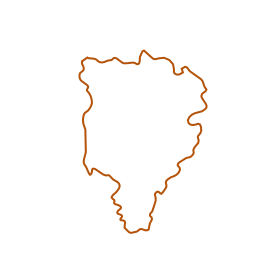 an SVG outline of Vienne, rotated 216°
{"feature_id": "FRA-5354", "entity_name": "Vienne", "entity_type": "Metropolitan department", "adm_level": 1, "iso_a3": "FRA", "parent_name": "France", "parent_adm1": "", "projection": "equal_earth", "projection_center": [0.44, 46.607], "detail": "fine", "context": "isolated", "style": "outline", "palette": "amber", "viewbox_px": 256, "rotation_deg": 216, "n_neighbors": 0, "source": "natural_earth", "source_scale": "10m", "svg_char_len": 3158}
<svg xmlns="http://www.w3.org/2000/svg" viewBox="0 0 256 256"><g transform="rotate(216 128 128)"><path d="M157.7,199.7L148.5,198.8L147.3,199.1L146.1,200.0L144.1,202.4L140.1,206.0L134.6,207.3L129.1,206.1L125.1,202.3L124.1,200.7L122.9,199.7L121.4,199.5L119.6,200.1L118.5,200.9L117.6,202.2L116.2,205.2L119.4,207.5L117.8,211.0L116.0,211.7L111.4,210.3L97.7,210.4L95.3,209.8L90.1,206.2L87.2,205.3L86.9,203.7L87.2,202.1L87.8,200.6L88.1,199.1L87.4,196.9L85.9,195.8L79.3,193.3L77.8,192.4L76.8,191.2L76.6,190.2L76.6,189.0L77.2,186.9L78.2,184.7L82.4,179.5L84.0,176.6L84.8,172.9L84.2,169.6L81.7,167.5L79.4,167.5L77.3,168.5L75.4,170.4L73.8,172.6L71.9,173.2L69.4,171.6L67.2,168.9L66.4,166.3L66.6,163.3L66.5,162.3L66.0,161.4L63.7,159.7L62.4,157.3L62.8,151.7L62.4,149.0L61.9,148.2L60.7,147.1L60.2,146.3L59.9,145.3L59.9,144.3L60.2,142.3L60.6,141.0L63.2,138.1L66.2,130.6L66.5,129.3L66.4,127.8L65.8,127.0L63.0,126.2L62.2,125.6L61.5,124.8L61.1,123.8L60.8,121.2L61.3,118.7L62.3,116.4L64.4,113.2L65.6,109.8L65.9,108.2L65.7,106.8L65.1,105.8L63.3,104.3L62.4,102.9L62.1,100.9L62.0,96.8L62.4,94.3L64.0,94.1L65.9,94.4L67.2,93.2L67.5,91.0L66.9,89.7L64.6,87.8L62.7,85.1L59.5,75.3L59.4,73.9L59.6,72.7L59.6,71.6L59.0,70.4L58.2,69.8L56.3,69.5L55.5,68.9L54.8,67.7L54.2,63.5L51.6,58.0L52.0,57.2L52.6,56.4L53.6,55.5L56.9,54.5L58.2,53.9L59.1,52.5L59.4,51.3L59.6,50.2L60.1,49.2L63.9,44.9L66.0,44.3L72.2,45.3L73.4,47.3L74.0,48.2L74.5,49.3L75.1,50.1L76.1,50.6L77.5,50.4L79.4,49.3L80.2,49.3L80.8,50.2L80.7,51.1L80.6,52.1L80.8,52.9L81.6,53.6L83.1,53.5L85.8,52.7L86.8,53.0L87.3,54.2L87.3,55.4L87.1,56.5L86.8,57.6L86.6,58.6L86.8,59.4L87.7,60.1L89.3,60.1L90.9,59.8L93.5,58.9L94.5,58.9L95.3,59.3L96.0,61.0L96.7,61.6L99.3,61.8L100.2,62.0L100.6,62.7L100.8,63.6L100.7,65.5L99.9,68.5L99.7,71.4L99.8,73.6L100.0,74.7L100.4,75.7L101.2,76.8L102.5,77.7L104.7,78.1L109.8,77.6L115.1,78.6L116.2,78.2L117.1,77.5L117.8,76.8L118.7,76.3L120.9,75.8L130.2,75.5L131.3,75.2L132.3,74.7L132.6,74.2L132.6,73.7L132.4,73.2L132.3,72.7L132.0,72.2L131.7,71.8L131.4,71.4L131.2,70.9L131.0,70.4L130.9,69.3L130.9,68.8L130.9,68.3L131.0,68.2L131.3,67.8L132.7,68.2L139.1,71.9L141.6,72.8L142.9,73.6L144.1,74.7L145.3,77.0L147.8,83.5L161.6,101.7L166.6,105.2L167.4,106.1L169.0,107.8L169.9,109.2L171.3,112.0L171.7,113.8L171.7,115.2L171.3,116.2L171.0,117.2L170.7,118.1L170.5,119.1L170.5,122.1L170.9,124.2L171.6,126.5L172.5,127.9L174.0,129.5L176.7,131.7L179.9,133.3L182.3,133.9L183.1,134.2L183.8,134.9L184.1,137.2L184.6,138.1L186.0,138.7L193.4,138.7L194.6,139.0L195.6,139.5L196.7,140.2L197.5,141.2L198.2,142.1L198.7,143.0L199.0,143.9L199.0,144.3L198.1,148.0L198.2,149.3L199.5,150.9L200.7,151.8L203.0,152.9L204.4,154.9L202.3,161.1L201.1,161.2L195.8,164.3L194.2,164.7L192.9,164.7L191.8,164.4L190.7,164.5L189.6,164.7L188.4,165.2L187.2,166.1L186.0,167.3L184.8,169.4L183.7,170.9L182.2,172.4L181.4,173.3L180.9,174.5L180.9,175.4L180.6,176.1L180.1,176.8L178.8,177.4L177.7,177.6L171.1,177.5L170.0,177.7L168.9,178.2L166.1,180.5L163.0,183.4L161.9,184.1L160.8,184.6L158.4,184.9L157.5,185.5L157.0,186.6L157.8,188.9L158.6,190.3L159.6,191.6L160.2,192.7L161.4,198.6L161.0,199.4L160.5,200.1L157.7,199.7Z" fill="none" stroke="#b45309" stroke-width="2"/></g></svg>